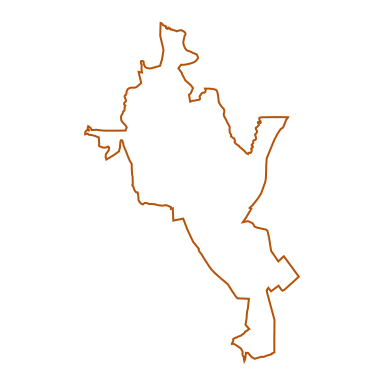 Ixtapangajoya, Chiapas, Mexico (Natural Earth projection)
{"feature_id": "50627088B67018988182398", "entity_name": "Ixtapangajoya", "entity_type": "district", "adm_level": 2, "iso_a3": "MEX", "parent_name": "Mexico", "parent_adm1": "Chiapas", "projection": "natural_earth1", "projection_center": [-92.977, 17.461], "detail": "fine", "context": "isolated", "style": "outline", "palette": "amber", "viewbox_px": 384, "rotation_deg": 0, "n_neighbors": 0, "source": "geoboundaries", "source_scale": "gbopen_adm2", "svg_char_len": 5946}
<svg xmlns="http://www.w3.org/2000/svg" viewBox="0 0 384 384"><path d="M106.3,159.5L109.5,157.7L113.5,155.3L117.7,152.3L119.0,151.3L119.4,149.5L120.0,147.5L120.1,144.8L120.4,141.7L120.9,140.3L121.8,140.2L122.4,141.0L123.0,142.5L123.7,146.0L125.8,150.9L127.7,155.8L129.8,160.8L131.7,163.9L131.8,169.2L132.1,174.7L132.6,176.3L132.8,184.5L132.4,184.8L132.4,185.4L132.6,185.8L133.5,187.0L134.1,189.3L135.1,191.1L136.1,192.3L137.6,192.4L138.0,194.3L138.4,197.2L138.5,199.8L139.6,202.1L141.3,203.7L142.8,204.4L144.7,203.0L146.5,203.0L149.1,204.0L151.6,204.0L154.5,204.2L158.1,205.2L162.3,205.7L165.6,205.2L167.0,205.4L170.9,207.1L170.9,208.9L172.8,208.3L173.3,220.6L183.2,218.6L187.3,229.4L193.1,241.8L198.8,248.8L198.6,249.9L199.7,252.0L201.7,254.5L201.9,255.0L205.0,259.9L209.3,266.6L211.6,269.7L214.9,273.1L221.2,278.7L227.8,284.2L232.7,292.0L233.4,292.9L235.2,295.7L237.4,298.3L248.9,298.8L247.8,309.0L247.2,310.8L246.8,314.3L246.6,318.4L245.5,324.8L249.2,328.9L248.4,329.2L247.9,330.1L247.3,330.4L246.7,330.9L245.0,331.7L244.6,332.8L243.0,334.1L242.3,334.5L241.1,335.6L240.3,335.8L238.7,336.5L238.0,336.7L237.3,337.0L236.8,337.5L236.1,337.5L235.2,337.8L233.9,338.6L233.1,339.2L233.3,340.4L233.2,341.1L232.6,342.5L231.8,343.5L231.9,344.0L232.9,343.8L233.5,343.9L235.0,344.5L239.8,347.7L241.0,348.7L242.6,351.6L242.6,353.3L242.4,354.2L242.5,354.8L243.0,355.9L243.7,356.8L244.0,359.6L244.3,361.0L244.8,359.9L245.6,357.1L245.4,356.4L245.9,354.2L245.9,352.9L246.7,353.2L247.3,352.8L247.8,352.8L248.1,353.0L248.6,353.4L249.1,354.1L250.0,355.1L249.9,355.2L252.3,357.6L253.0,357.8L254.8,358.8L257.9,357.8L261.4,356.8L261.7,356.7L262.7,357.0L264.6,356.6L265.6,356.0L270.7,354.5L271.1,354.3L271.5,353.9L271.7,354.1L272.5,353.2L274.4,352.4L274.3,348.7L274.3,345.7L274.3,335.5L274.4,332.7L274.4,328.1L274.5,320.0L266.9,291.9L266.9,290.7L266.7,290.3L268.4,287.8L271.0,291.3L278.6,285.7L281.3,289.6L282.5,290.7L284.4,289.8L298.8,276.7L291.0,266.0L283.8,256.3L278.3,261.4L271.2,251.0L271.1,250.7L269.2,238.8L269.2,238.3L267.5,230.9L266.1,229.6L257.3,227.7L254.5,226.5L252.8,223.4L248.0,221.1L242.9,222.2L246.1,217.5L248.8,213.0L251.3,208.7L249.7,207.9L252.6,205.2L255.8,201.2L258.6,197.5L261.1,193.5L265.2,182.2L265.8,178.9L266.2,169.7L266.2,165.7L266.7,158.4L274.5,139.4L275.4,137.9L277.4,133.9L280.7,129.0L283.1,127.5L286.1,120.0L286.6,119.1L286.9,118.9L287.5,118.2L288.0,117.2L274.2,117.1L261.7,117.3L260.9,117.5L259.8,117.6L259.5,117.8L259.3,118.1L259.3,119.5L259.5,120.0L260.5,121.3L260.8,122.4L260.6,122.7L260.4,122.9L258.7,122.1L258.4,122.0L258.0,122.1L257.9,122.7L258.0,123.0L258.8,124.2L258.9,125.0L257.4,126.8L256.7,127.3L256.2,127.4L255.7,128.1L255.8,128.9L257.1,131.3L256.7,132.8L255.9,133.7L255.1,134.3L255.0,134.8L255.5,135.7L256.1,138.5L255.8,139.4L255.3,139.9L254.7,140.1L253.9,140.2L253.4,140.6L253.1,141.9L253.3,142.8L253.2,143.2L252.3,144.2L251.9,144.5L251.7,144.9L251.6,145.3L251.7,145.6L252.0,145.8L252.3,145.8L252.5,145.9L252.8,146.4L252.9,146.9L252.5,147.6L251.3,148.3L251.3,149.1L251.8,149.9L251.4,151.9L251.1,152.4L250.5,152.9L250.2,152.9L249.7,152.7L248.6,152.8L248.0,154.1L246.1,153.0L244.7,151.2L239.9,147.1L239.1,146.1L235.9,143.8L234.6,142.4L235.0,141.0L235.0,140.7L234.4,139.3L234.3,138.6L233.4,138.2L231.0,136.4L231.2,135.4L231.1,134.7L230.3,133.5L229.9,132.7L229.7,131.7L229.5,129.7L229.7,127.3L229.6,126.7L227.9,123.4L227.3,122.6L226.9,121.8L226.5,120.6L224.1,116.2L223.8,114.8L223.7,113.8L224.2,112.6L224.3,110.6L223.9,109.1L223.5,108.6L222.7,107.9L221.9,107.0L219.4,103.4L218.8,101.8L217.9,94.4L217.1,91.4L216.8,90.8L215.8,89.8L214.0,89.2L212.2,88.9L208.5,88.6L206.1,88.7L205.1,88.6L205.6,90.3L205.5,91.1L205.4,91.6L205.0,92.2L204.5,92.6L204.2,92.7L203.3,92.6L202.3,92.9L201.8,93.2L201.2,93.9L201.1,94.4L200.0,95.5L199.7,96.0L199.7,96.6L199.7,97.4L200.0,98.2L200.0,98.7L199.9,99.1L199.6,99.4L199.4,99.6L198.9,99.8L196.6,100.1L195.8,100.4L193.0,100.8L192.4,100.8L190.2,101.7L189.0,94.8L190.6,93.5L192.3,89.9L192.5,89.0L193.0,88.1L192.1,86.9L191.3,85.7L188.4,83.0L186.0,81.0L185.0,79.9L183.9,77.5L182.3,74.7L181.6,72.6L180.1,70.7L178.4,68.2L181.1,64.7L183.0,64.8L185.5,64.6L190.2,63.6L194.3,62.1L196.2,60.6L197.3,59.3L198.0,57.9L197.9,57.2L196.9,54.7L196.0,54.1L193.3,53.1L190.7,51.7L187.2,50.5L186.4,50.0L184.9,47.9L184.0,45.8L183.3,43.1L183.4,41.4L184.5,36.2L184.9,35.4L185.3,34.9L185.5,34.3L185.4,33.1L184.9,32.4L184.2,31.8L181.5,30.2L179.5,30.4L176.6,31.3L175.5,30.7L173.0,30.0L172.4,29.9L172.1,29.5L171.5,29.4L170.7,29.6L170.3,29.2L170.1,28.5L169.3,28.5L169.1,27.9L168.8,27.6L168.4,27.6L167.9,27.8L167.7,28.2L167.5,28.9L167.1,28.9L166.8,28.6L166.6,28.2L166.1,28.0L165.9,27.8L165.8,27.5L165.9,27.1L166.0,26.9L166.0,26.5L165.7,26.1L164.2,25.6L163.6,25.6L163.0,25.1L162.4,24.1L161.6,23.3L160.6,23.0L160.2,35.7L163.5,50.0L161.9,60.1L161.4,61.2L160.1,65.8L150.8,68.4L149.6,68.5L148.4,68.3L146.5,67.8L145.3,67.2L143.9,64.4L143.6,63.0L143.7,61.8L142.9,61.1L142.2,61.0L141.3,61.0L140.9,61.6L140.9,63.1L141.1,63.8L141.6,64.8L141.7,65.7L141.5,67.8L141.6,70.1L142.0,72.5L138.6,71.9L141.2,83.0L140.3,83.9L136.5,87.0L135.7,87.4L134.7,87.6L133.6,87.7L131.6,87.6L130.3,87.9L128.8,88.4L127.6,89.4L127.0,90.6L126.5,91.8L126.5,93.2L126.2,94.2L125.9,94.8L125.2,95.1L124.7,95.8L124.6,96.6L125.4,99.0L125.9,100.3L126.0,101.1L125.1,102.1L124.7,102.4L124.3,102.9L124.1,103.6L124.2,104.4L125.3,105.7L124.9,106.3L124.5,107.2L124.7,108.0L124.5,109.2L124.7,109.9L124.4,110.4L124.0,110.9L123.5,111.2L123.0,112.0L122.6,113.7L121.6,115.1L121.1,116.4L121.0,117.1L121.2,119.4L121.4,120.6L123.4,123.2L125.5,125.3L126.7,127.5L125.4,130.6L104.1,130.7L96.4,129.8L91.7,130.0L90.5,127.8L88.2,126.2L87.6,128.3L89.6,131.0L88.1,130.1L86.3,130.5L85.3,132.0L85.2,134.3L86.4,133.9L87.6,133.6L88.7,134.7L91.7,135.1L95.0,135.9L97.7,137.1L98.8,137.4L99.0,140.2L99.2,143.6L99.0,145.9L100.3,146.6L103.1,147.6L105.7,147.6L108.2,146.5L109.2,147.8L108.6,150.6L106.9,152.7L105.9,154.4L105.6,157.2L106.1,158.6L106.3,159.5Z" fill="none" stroke="#b45309" stroke-width="2"/></svg>